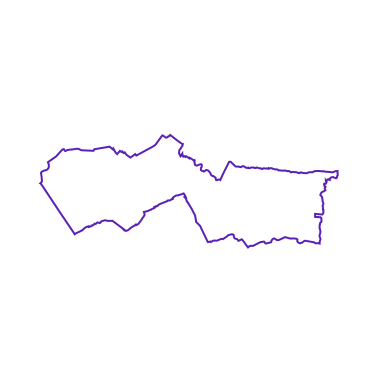 Monterrey, Nuevo León, Mexico (orthographic projection), rotated 307°
{"feature_id": "50627088B99377367762424", "entity_name": "Monterrey", "entity_type": "district", "adm_level": 2, "iso_a3": "MEX", "parent_name": "Mexico", "parent_adm1": "Nuevo León", "projection": "orthographic", "projection_center": [-100.3, 25.64], "detail": "fine", "context": "isolated", "style": "outline", "palette": "violet", "viewbox_px": 384, "rotation_deg": 307, "n_neighbors": 0, "source": "geoboundaries", "source_scale": "gbopen_adm2", "svg_char_len": 6058}
<svg xmlns="http://www.w3.org/2000/svg" viewBox="0 0 384 384"><g transform="rotate(307 192 192)"><path d="M98.5,127.9L100.4,128.6L101.5,129.4L101.9,129.7L101.6,129.9L101.8,130.7L102.2,130.9L102.8,130.9L103.2,131.6L103.6,131.8L103.9,131.9L104.6,131.9L105.0,132.1L105.0,132.5L105.5,132.8L106.2,132.9L106.9,133.3L107.5,133.2L108.1,133.4L108.0,133.8L109.1,134.5L110.7,134.7L111.0,135.5L111.5,136.0L111.6,136.9L112.1,137.3L114.1,137.3L116.6,139.1L117.6,140.5L118.2,142.1L121.1,145.8L121.2,159.5L120.9,159.6L120.7,160.8L121.0,160.8L120.9,161.3L121.1,161.5L121.1,162.6L122.8,163.8L127.9,165.1L130.1,166.1L132.2,166.7L131.9,167.3L133.1,168.0L134.2,168.4L138.7,168.4L141.1,168.2L144.6,168.1L145.2,167.9L146.3,166.8L147.1,165.6L150.1,168.1L151.5,168.8L152.7,169.5L153.3,170.0L154.0,170.1L156.2,171.4L156.9,170.9L157.2,171.3L157.8,171.4L157.8,171.5L158.1,171.4L158.5,171.4L159.3,172.1L159.2,172.3L159.7,172.5L159.9,172.7L160.0,172.6L161.6,173.0L163.3,173.7L164.3,174.4L169.8,177.7L170.4,177.6L170.7,177.8L171.4,178.6L171.5,179.1L172.6,179.7L173.5,179.9L174.1,180.3L174.7,180.3L174.6,180.7L175.0,180.9L175.4,180.2L175.9,180.1L177.0,180.4L179.3,181.2L180.1,181.9L181.1,183.1L181.8,183.4L183.6,184.8L184.9,185.7L185.6,185.9L185.8,186.5L185.4,187.6L184.4,189.2L184.2,189.4L183.4,189.0L183.3,189.3L184.3,189.8L183.4,191.2L183.1,191.1L181.5,193.3L181.6,193.6L181.0,194.7L181.0,195.5L180.7,195.8L178.4,201.8L175.1,208.6L170.6,213.4L169.8,218.9L161.8,234.2L161.6,234.6L161.6,234.9L163.5,236.5L163.3,237.0L163.5,237.2L166.0,238.3L167.3,239.9L167.6,240.6L168.3,241.3L172.2,243.6L173.0,245.1L177.7,246.7L179.0,246.8L182.4,249.3L182.8,251.1L181.8,252.0L180.7,253.6L180.8,254.6L181.5,256.3L181.4,257.0L181.0,258.2L181.0,258.6L184.2,260.2L184.0,261.4L181.4,270.1L182.0,270.3L182.9,270.3L184.5,271.3L185.6,273.1L192.9,276.7L195.7,279.3L195.7,279.8L195.2,281.0L195.2,281.8L195.6,282.3L199.6,285.5L201.1,284.7L203.1,284.8L204.1,285.3L204.5,286.1L204.7,288.7L205.6,290.0L206.5,290.6L212.0,293.5L213.9,298.4L216.5,301.7L217.5,303.5L217.4,304.8L216.0,305.7L215.6,307.3L215.7,308.3L216.3,309.4L217.9,310.4L220.5,311.2L221.2,311.7L225.3,319.8L225.1,320.2L225.7,322.1L227.0,323.4L227.6,325.0L229.4,323.7L230.6,323.4L231.8,322.9L233.3,320.7L233.7,320.2L237.5,318.6L238.9,317.0L239.4,316.6L239.6,315.9L242.0,314.1L242.4,314.1L242.7,313.8L244.4,313.0L244.7,312.9L245.8,313.3L246.3,313.2L247.8,312.1L248.0,311.7L249.1,311.0L249.1,309.7L246.2,305.3L248.6,303.5L252.5,309.7L254.1,309.6L254.5,309.3L255.5,308.6L256.0,308.3L256.6,307.4L256.9,307.6L257.8,306.3L259.0,305.3L259.4,305.0L259.8,304.5L261.2,304.3L262.1,303.6L262.6,303.0L263.2,301.8L264.3,301.0L264.8,300.4L265.1,299.8L265.7,299.6L266.3,298.8L266.8,296.3L268.3,295.8L270.0,295.8L271.6,296.7L272.1,296.9L272.9,297.3L273.7,297.5L274.0,297.2L274.3,296.2L274.7,295.8L275.3,295.6L276.5,295.6L276.6,295.1L276.5,294.1L277.9,292.6L278.3,292.6L278.9,293.5L279.0,293.8L279.8,293.8L280.5,293.5L281.0,293.5L281.2,292.4L281.7,292.0L281.6,292.3L281.7,292.6L283.0,292.6L283.6,292.9L283.9,293.4L283.9,293.2L284.2,293.1L284.3,293.2L284.3,294.4L284.5,294.5L284.8,294.6L285.4,294.3L286.2,294.1L287.6,294.5L288.8,295.6L289.0,296.9L289.3,297.3L289.6,298.8L290.2,299.0L290.7,299.0L291.3,298.8L292.1,298.3L293.0,298.3L293.7,297.9L294.7,296.8L295.0,296.7L295.3,296.4L295.7,295.9L296.3,295.6L294.7,293.8L293.0,292.9L292.1,292.1L289.8,288.2L288.9,287.0L287.6,284.3L287.3,284.3L285.6,281.5L284.8,280.2L284.1,279.3L283.8,278.9L282.9,278.1L282.3,277.2L280.3,276.4L280.2,276.1L278.1,273.5L276.3,272.5L275.1,270.9L273.2,267.7L273.3,267.4L273.2,267.1L272.8,266.8L271.5,266.3L271.3,265.6L271.2,265.2L271.0,264.9L270.9,264.2L270.4,263.0L269.5,261.8L268.5,260.1L267.4,259.4L267.1,258.7L267.3,257.9L267.3,257.3L266.8,256.4L266.3,256.0L264.8,252.8L264.0,252.2L261.7,248.5L261.4,248.3L261.5,247.6L261.2,246.2L260.3,245.2L259.1,242.4L259.0,241.4L257.9,239.9L256.9,239.4L257.0,238.9L256.5,239.0L256.3,238.8L256.3,238.3L255.6,237.2L254.9,236.5L254.2,235.0L253.9,234.8L252.9,234.5L252.4,234.1L252.4,232.7L251.7,232.0L251.4,231.5L250.9,229.6L250.4,228.9L249.6,228.6L249.4,228.0L249.2,227.9L248.8,227.5L248.7,226.6L247.2,224.5L246.2,224.1L245.1,222.9L245.0,222.7L245.3,222.3L245.2,222.2L244.0,221.0L243.8,220.0L243.9,219.0L243.5,217.4L242.7,216.6L241.6,216.3L241.2,216.0L240.1,213.6L238.9,212.0L238.6,211.2L239.4,204.7L238.5,203.5L224.6,206.0L218.6,207.4L218.6,206.8L218.2,205.9L216.8,205.0L216.1,204.3L216.1,203.8L217.2,202.7L217.6,202.0L217.6,199.7L217.1,198.6L217.0,197.3L217.4,196.4L218.0,195.6L218.3,194.9L218.8,192.4L218.8,191.8L218.5,190.7L218.2,190.2L217.6,189.8L215.8,189.4L215.5,189.2L215.4,188.2L215.2,187.8L214.9,187.3L214.9,185.9L215.1,185.7L216.7,184.6L217.9,184.6L219.0,184.0L219.6,183.4L219.6,182.7L219.6,182.4L218.9,181.8L216.2,180.1L215.6,179.4L215.5,178.6L215.5,178.0L215.7,177.7L216.5,177.1L216.5,176.9L217.8,175.6L218.4,175.2L218.9,175.1L219.0,174.9L219.0,174.7L218.4,174.4L218.5,174.3L218.3,174.1L218.0,169.6L217.2,169.7L217.1,166.1L216.9,165.7L216.1,165.7L216.0,164.3L215.3,164.2L215.1,164.0L215.0,163.5L215.0,163.2L215.4,162.9L215.2,162.6L216.9,161.1L213.7,161.2L214.8,158.9L215.3,158.2L217.5,156.9L218.5,156.6L219.9,156.9L220.8,156.6L222.6,156.6L223.6,156.4L224.8,155.8L224.4,154.9L224.3,149.9L224.4,140.2L223.6,140.1L222.9,140.2L222.2,139.6L220.6,139.3L219.7,138.4L219.6,134.7L219.2,134.2L207.7,134.4L204.7,133.4L187.6,125.6L188.1,123.9L182.4,122.1L182.3,117.5L182.4,116.8L183.2,114.4L181.9,113.9L182.4,111.8L181.7,111.8L181.5,111.5L181.5,109.7L177.2,109.4L177.4,107.5L179.4,103.0L178.4,103.2L178.6,98.9L167.4,88.3L165.6,88.5L158.9,78.7L158.4,77.0L158.4,76.2L158.1,75.3L157.0,73.7L154.8,71.7L151.6,68.2L150.3,67.1L148.6,66.3L148.4,66.1L148.6,65.1L149.1,63.8L148.9,63.6L147.8,62.9L138.7,62.1L129.1,59.0L128.3,60.4L127.5,61.3L126.3,62.3L125.6,62.7L124.5,63.0L123.0,62.9L122.1,62.6L120.8,61.5L119.6,60.7L117.5,59.8L116.7,59.8L116.2,60.1L113.6,62.8L110.1,65.8L109.6,65.9L107.7,65.7L107.8,66.0L106.6,69.6L96.3,98.7L87.7,123.8L88.0,123.8L89.4,124.3L93.3,126.4L94.5,126.8L95.1,127.4L95.3,127.4L98.5,127.9Z" fill="none" stroke="#5b21b6" stroke-width="2"/></g></svg>